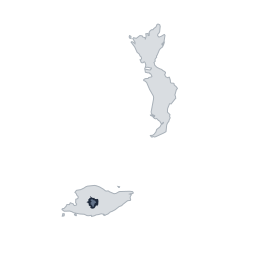 Lipis, Pahang, Malaysia (highlighted), rotated 294°
{"feature_id": "92858781B59638700004022", "entity_name": "Lipis", "entity_type": "district", "adm_level": 2, "iso_a3": "MYS", "parent_name": "Malaysia", "parent_adm1": "Pahang", "projection": "albers", "projection_center": [101.906, 4.344], "detail": "fine", "context": "in_parent", "style": "filled", "palette": "slate", "viewbox_px": 256, "rotation_deg": 294, "n_neighbors": 0, "source": "geoboundaries", "source_scale": "gbopen_adm2", "svg_char_len": 6033}
<svg xmlns="http://www.w3.org/2000/svg" viewBox="0 0 256 256"><g transform="rotate(294 128 128)"><path d="M217.1,126.6L215.7,126.4L213.8,125.3L211.9,124.9L206.3,125.0L205.4,124.7L204.3,125.4L202.4,124.8L201.3,124.9L200.1,125.7L198.3,125.1L197.4,126.1L196.3,126.8L195.2,129.6L195.0,133.0L195.2,135.0L194.7,136.2L194.5,138.5L194.1,139.6L192.5,140.0L191.8,139.7L190.4,141.2L190.1,141.8L190.1,144.0L191.2,144.8L191.2,145.2L188.9,147.2L186.9,148.3L186.6,149.3L187.4,151.3L187.1,152.2L186.1,152.7L185.3,155.3L184.4,156.9L184.0,157.1L182.7,156.6L177.3,157.4L175.8,158.8L174.3,159.6L173.1,158.9L172.5,158.9L167.5,157.6L167.3,156.3L166.8,156.1L161.7,156.3L158.5,157.6L157.3,160.9L155.6,161.2L154.4,162.4L152.2,162.3L150.8,162.6L148.7,162.1L146.6,162.1L140.1,164.2L138.0,162.7L131.5,157.0L130.6,156.0L130.4,154.3L129.7,154.0L129.5,153.5L129.3,153.0L130.3,151.5L131.3,153.4L132.9,154.4L135.7,155.1L138.3,154.8L141.9,156.7L143.0,156.9L144.3,156.8L146.5,158.2L147.9,158.2L146.1,157.3L145.7,156.5L145.9,155.7L147.1,154.5L147.3,152.7L148.1,150.9L148.3,150.1L147.6,149.5L147.5,148.4L148.0,146.8L149.2,147.6L150.2,147.4L150.2,144.6L150.9,143.4L152.1,142.6L164.3,139.7L166.3,139.0L167.6,138.1L171.9,132.2L177.1,126.6L177.8,124.6L177.7,123.2L178.0,122.9L178.6,122.7L179.7,123.4L180.3,124.0L181.5,126.3L182.5,126.4L184.2,128.6L184.6,128.9L185.1,128.7L186.4,127.2L186.8,126.2L186.5,126.0L187.1,124.8L186.5,124.0L186.0,121.2L189.0,119.2L189.1,121.5L190.0,124.7L191.6,125.2L192.3,125.0L191.9,124.0L191.7,122.0L191.3,120.8L190.3,119.1L192.8,118.7L194.8,116.9L195.1,115.8L193.8,115.2L193.3,114.4L193.2,113.5L195.2,111.3L195.5,111.9L196.7,112.1L197.3,112.0L198.2,111.2L198.6,109.9L200.1,108.2L200.9,105.5L204.8,101.1L207.7,95.9L208.4,96.3L208.6,97.7L207.9,100.1L209.3,99.5L211.6,96.0L212.9,96.5L212.9,97.5L213.4,99.2L217.3,101.3L217.9,103.5L217.1,104.4L217.4,106.5L217.1,107.2L215.9,107.8L219.3,107.2L221.3,105.9L222.6,107.9L220.6,108.8L221.1,109.7L222.9,109.1L224.1,108.4L225.2,108.5L227.0,109.3L227.5,109.8L227.9,110.8L229.2,111.1L231.9,112.5L234.3,112.4L235.2,113.1L235.2,115.0L233.9,116.1L228.9,117.7L227.6,117.7L225.7,117.1L224.4,117.5L223.6,119.3L225.2,121.0L227.8,122.8L228.2,123.2L227.7,124.1L221.8,125.7L220.6,125.6L218.4,124.7L217.1,126.6ZM26.0,103.5L26.6,100.9L27.5,100.8L28.5,102.3L31.6,103.4L32.5,103.1L32.9,103.3L33.3,103.6L34.2,105.6L36.2,105.7L36.4,108.8L35.5,110.0L35.4,110.8L36.8,112.3L37.7,112.0L38.4,110.6L41.7,109.3L43.0,110.8L44.2,110.8L45.1,110.3L45.8,108.6L47.1,107.3L47.6,105.7L49.5,106.1L50.2,106.4L52.4,109.8L55.2,112.2L57.3,113.5L58.5,114.8L62.0,120.9L62.4,122.9L62.6,126.0L62.1,130.5L61.4,132.8L61.6,133.9L62.5,135.5L62.2,137.1L62.3,142.0L63.4,143.7L66.4,145.9L70.9,155.3L71.7,157.9L71.3,158.9L70.4,159.2L69.8,158.7L69.3,157.4L68.3,156.3L68.4,158.2L66.5,158.0L65.1,158.3L63.6,159.6L62.8,159.6L61.4,157.2L56.4,154.5L54.5,153.8L52.5,151.8L48.1,149.5L45.3,147.3L44.1,146.0L41.3,144.7L40.0,143.3L38.8,142.5L39.4,141.2L38.8,138.5L36.8,136.1L35.8,134.4L33.9,132.7L32.4,130.7L33.3,130.0L31.9,127.8L31.3,126.2L31.4,123.1L29.8,118.8L28.5,112.8L28.7,110.8L28.4,108.5L26.0,103.5ZM211.7,93.8L211.0,94.4L210.8,92.8L211.7,92.0L213.0,91.8L213.0,93.2L212.7,93.6L211.7,93.8ZM23.0,103.2L23.8,104.4L23.2,105.0L22.7,104.9L21.9,105.4L20.9,104.3L20.8,103.7L21.9,103.8L23.0,103.2ZM149.6,147.0L149.3,147.2L148.7,146.8L148.6,143.5L148.9,143.2L149.4,143.8L149.6,147.0ZM28.4,114.8L27.5,116.4L26.7,116.2L26.9,114.4L27.3,114.2L28.4,114.8ZM220.5,126.4L219.0,126.6L217.9,126.6L218.0,125.8L218.5,125.6L220.5,126.4ZM70.9,144.2L70.1,144.2L69.9,143.8L70.5,142.6L70.9,144.2ZM39.0,141.4L38.5,141.6L38.6,140.9L39.0,140.5L39.0,141.4Z" fill="#d9dde1" stroke="#a8b0b8" stroke-width="1"/><path d="M42.0,124.2L42.0,124.4L42.0,124.5L41.9,124.8L42.0,125.0L42.0,125.3L42.2,125.5L42.2,125.8L42.1,126.0L42.0,126.3L41.9,126.4L41.7,126.3L41.6,126.5L41.4,126.5L41.2,126.7L40.9,126.7L40.7,126.7L40.4,126.7L40.4,126.8L40.5,126.8L40.5,127.0L40.4,127.2L40.4,127.3L40.5,127.4L40.6,127.5L40.5,127.8L40.8,127.9L40.9,128.0L41.0,128.0L41.0,128.4L41.0,128.5L41.2,129.0L41.3,129.0L41.3,128.9L41.5,129.0L41.8,129.2L41.9,129.3L42.2,129.4L42.3,129.4L42.5,129.3L42.8,129.4L43.0,129.4L43.1,129.5L43.3,129.4L43.5,129.3L43.5,129.2L43.8,129.0L44.0,129.3L44.3,129.4L44.4,129.6L44.5,129.7L44.5,129.9L44.8,130.0L44.9,129.9L45.0,129.8L45.0,129.7L45.2,129.4L45.3,129.5L45.4,129.4L45.5,129.3L45.5,129.2L45.7,129.3L45.8,129.3L46.0,129.4L45.9,129.4L46.0,129.5L45.9,129.7L45.9,129.8L45.9,130.0L46.0,130.1L46.1,130.3L46.0,130.5L45.9,130.6L45.8,130.8L45.7,130.9L45.8,130.9L45.9,131.0L46.0,131.1L46.3,131.1L46.5,130.9L46.6,130.7L46.8,130.4L46.9,130.5L47.0,130.6L47.3,130.6L47.5,130.6L47.8,130.4L47.9,130.2L47.7,130.1L47.6,129.9L47.6,129.7L47.8,129.4L47.8,129.5L48.0,129.6L48.2,129.8L48.3,129.9L48.4,130.0L48.5,130.0L48.8,130.1L48.9,129.9L49.0,129.9L49.2,129.7L49.4,129.7L49.5,129.6L49.8,129.5L49.9,129.4L50.0,129.3L50.0,129.2L49.9,129.2L49.7,129.0L49.4,129.0L49.3,128.9L49.2,128.8L49.2,128.7L49.3,128.7L49.4,128.4L49.5,128.3L49.5,128.2L49.4,128.0L49.4,127.9L49.2,127.7L49.2,127.4L49.1,127.2L49.0,126.9L49.0,126.7L48.9,126.7L48.9,126.4L48.8,126.2L48.9,125.9L48.9,125.7L49.0,125.7L49.3,125.6L49.2,125.5L49.2,125.4L49.2,125.2L49.3,124.9L49.3,124.7L49.2,124.5L49.2,124.4L49.0,124.1L48.9,123.9L48.9,123.7L49.0,123.3L48.9,123.4L48.7,123.3L48.7,123.2L48.4,123.0L48.4,122.8L48.3,122.7L48.0,122.6L47.9,122.4L47.9,122.1L47.7,122.0L47.3,122.1L47.2,122.1L47.0,122.3L46.9,122.2L46.7,122.2L46.6,121.9L46.4,122.0L46.2,122.1L46.1,121.9L46.0,122.0L46.0,122.3L46.0,122.5L45.9,122.7L45.9,122.8L45.9,123.0L45.7,123.1L45.6,123.3L45.6,123.6L45.4,123.5L45.3,123.3L45.3,123.2L45.3,122.9L45.2,122.9L45.1,122.7L45.0,122.8L44.9,122.7L44.8,122.4L44.7,122.4L44.6,122.2L44.5,121.9L44.5,122.0L44.4,121.9L44.3,122.0L44.2,122.0L44.1,121.9L44.1,122.0L44.0,122.4L44.1,122.5L44.0,122.8L44.0,123.0L44.0,123.3L43.9,123.4L43.9,123.5L43.8,123.4L43.8,123.5L43.7,123.6L43.4,123.6L43.2,123.7L43.0,123.8L42.9,123.8L42.9,124.0L42.7,124.2L42.4,124.2L42.4,124.3L42.3,124.2L42.2,124.1L42.0,124.2Z" fill="#64748b" stroke="#1e293b" stroke-width="1.5"/></g></svg>